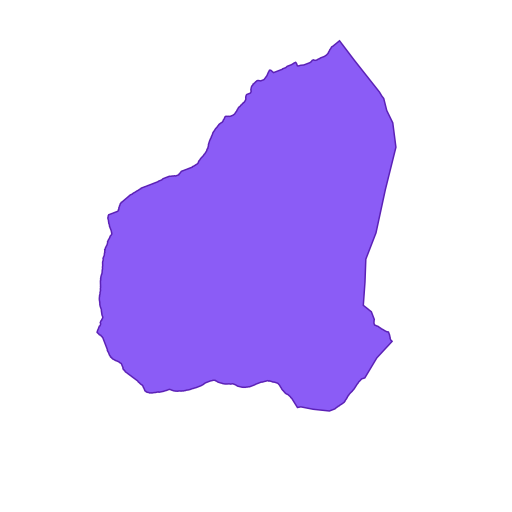 the district of Curridabat, San José, Costa Rica, rotated 339°
{"feature_id": "36466004B71445254022700", "entity_name": "Curridabat", "entity_type": "district", "adm_level": 2, "iso_a3": "CRI", "parent_name": "Costa Rica", "parent_adm1": "San José", "projection": "mercator", "projection_center": [-84.034, 9.916], "detail": "fine", "context": "isolated", "style": "filled", "palette": "violet", "viewbox_px": 512, "rotation_deg": 339, "n_neighbors": 0, "source": "geoboundaries", "source_scale": "gbopen_adm2", "svg_char_len": 6018}
<svg xmlns="http://www.w3.org/2000/svg" viewBox="0 0 512 512"><g transform="rotate(339 256 256)"><path d="M411.1,85.0L402.6,87.8L401.9,87.8L401.4,88.0L399.9,89.3L398.9,89.8L398.0,90.8L396.5,91.9L396.2,92.5L393.5,93.8L392.8,93.8L391.6,94.2L386.9,94.2L386.6,94.5L384.5,94.5L383.3,94.8L382.0,94.8L380.8,94.3L380.0,93.5L378.6,93.5L377.0,94.5L376.4,94.5L375.8,94.8L369.1,94.8L365.8,93.9L363.8,93.8L362.8,93.3L362.8,90.6L362.4,89.4L360.4,89.5L359.8,89.8L359.1,89.8L357.8,90.1L353.1,90.1L351.3,90.8L347.9,90.8L347.6,91.1L338.1,91.1L336.5,88.1L335.6,87.4L335.0,87.5L334.0,88.5L333.5,88.8L330.9,91.5L327.0,94.0L326.5,94.2L323.1,94.2L320.7,92.8L319.3,92.8L318.8,93.2L318.2,93.2L317.1,93.8L315.9,94.2L315.5,94.5L314.8,94.5L314.5,95.1L312.9,95.9L312.2,96.7L310.8,98.9L310.8,99.5L310.5,99.9L310.5,100.6L309.5,101.6L309.0,101.9L305.6,101.9L305.0,102.0L304.0,103.0L303.3,104.1L302.7,106.0L301.7,107.0L300.0,108.3L299.3,108.3L299.0,108.7L298.3,108.7L296.7,109.7L296.0,109.7L294.6,110.7L293.9,110.7L292.7,111.3L291.9,112.1L291.3,112.4L289.5,114.1L288.9,114.3L286.9,115.8L285.0,116.3L282.3,116.4L281.1,116.1L279.9,115.5L279.2,115.4L278.1,114.8L277.5,114.8L276.9,115.0L275.1,116.9L274.0,117.5L273.7,118.1L273.4,118.4L272.3,119.0L270.9,119.2L270.3,119.5L269.7,119.5L269.1,119.8L268.5,119.9L268.0,120.4L266.5,121.2L266.1,121.6L263.8,122.7L261.9,124.2L260.9,124.7L260.5,125.2L259.9,125.5L258.9,126.9L256.9,128.8L256.7,129.4L256.1,129.7L255.4,130.3L255.1,130.9L254.5,131.2L251.6,134.8L250.8,136.6L250.3,137.0L249.7,138.0L249.4,138.4L248.8,138.6L248.0,139.5L247.8,140.0L244.6,142.4L244.0,142.5L243.1,143.3L239.0,145.3L238.6,145.8L236.6,146.9L235.0,148.7L233.3,149.2L232.6,149.2L232.1,149.5L231.4,149.5L230.2,149.8L228.8,149.8L228.5,150.2L216.7,150.2L213.9,151.9L213.3,152.0L213.0,152.5L209.6,152.5L208.7,151.9L207.4,151.7L206.2,151.2L205.5,151.2L203.7,150.5L197.0,150.5L195.1,151.2L191.7,151.2L191.3,151.5L173.1,151.5L172.6,151.9L171.3,152.0L169.4,152.5L168.1,152.6L165.5,153.2L164.8,153.2L163.0,153.6L162.4,153.9L160.6,153.9L150.2,157.6L149.5,157.6L149.0,158.1L148.0,158.6L147.3,159.6L146.5,160.3L146.2,160.9L145.2,161.9L144.8,163.0L144.2,163.3L144.1,163.9L143.3,164.5L142.7,164.7L133.3,164.7L132.3,165.7L131.8,166.9L131.3,167.3L130.9,170.6L130.6,171.1L130.6,171.8L130.3,172.4L130.3,174.4L129.9,175.6L129.9,181.0L129.6,181.6L129.6,183.0L129.3,183.3L129.2,183.9L128.1,184.7L127.0,185.2L126.6,185.8L126.1,186.1L125.9,186.6L123.8,188.2L123.1,189.0L122.6,189.3L122.5,189.9L121.2,191.9L118.4,194.4L117.7,195.5L117.1,195.7L117.1,196.4L116.8,196.7L116.2,198.0L116.1,198.6L115.6,198.9L114.6,201.0L113.2,202.4L112.9,203.0L112.4,203.2L112.0,204.9L110.6,206.7L109.3,210.3L108.7,211.2L108.1,213.1L107.3,214.1L107.2,214.7L106.8,215.3L106.4,216.4L106.0,216.8L105.7,217.5L105.0,218.1L103.6,220.1L103.1,221.2L102.6,221.7L102.6,222.4L102.3,223.0L101.9,223.3L100.6,226.9L100.5,227.5L99.9,228.5L99.9,229.2L99.0,230.7L98.9,231.4L98.5,231.9L98.5,232.6L97.3,234.1L97.2,234.7L96.6,235.8L95.8,236.7L95.8,237.3L95.3,237.8L94.3,240.0L93.8,241.8L93.8,242.4L93.5,243.0L93.5,243.6L92.8,245.4L92.5,247.4L92.4,250.8L91.9,251.9L91.8,253.2L91.5,253.6L91.4,254.9L91.1,255.5L91.1,258.2L90.1,259.5L89.5,259.8L89.0,260.3L88.8,260.8L88.1,260.9L86.7,262.4L86.7,263.7L86.0,264.6L85.4,265.3L84.7,265.3L84.4,265.6L83.0,267.1L82.6,267.7L81.6,268.5L81.0,269.4L80.3,270.1L80.4,270.7L81.3,272.4L81.4,273.1L81.7,273.6L82.2,273.9L82.7,274.4L82.7,275.0L83.4,276.2L83.4,276.8L83.7,277.4L83.7,290.2L83.4,290.7L83.4,291.4L83.7,293.4L83.7,296.1L84.0,296.6L84.0,298.0L84.3,298.6L84.7,298.8L84.7,299.5L85.0,299.9L85.4,300.9L86.4,301.9L87.1,302.9L87.6,303.2L87.8,303.7L88.4,304.0L90.2,305.9L90.4,306.5L91.7,308.1L91.8,312.8L91.5,313.2L91.5,314.5L92.1,315.2L92.1,315.8L92.4,316.2L92.5,317.2L100.8,330.3L101.0,331.5L101.3,331.8L102.5,334.4L103.6,335.9L103.6,336.3L103.8,336.5L103.8,338.7L104.0,339.0L104.0,342.1L104.9,343.2L104.9,343.6L105.3,343.8L105.5,344.2L106.8,344.9L107.7,345.8L109.2,346.2L109.7,346.6L111.6,346.9L113.5,347.5L114.8,347.6L116.4,348.0L116.6,348.4L121.1,349.2L123.2,349.2L123.5,349.4L127.3,349.4L128.0,350.0L128.4,350.1L129.1,350.9L130.9,352.4L132.7,353.4L134.6,354.2L135.9,354.4L137.7,355.3L138.9,355.5L139.5,355.9L141.2,356.1L141.6,356.3L142.9,356.3L144.9,356.8L145.7,356.8L146.1,357.0L149.1,357.0L150.0,357.2L151.7,357.2L152.5,357.4L158.1,357.4L161.0,357.0L161.2,356.8L161.6,356.8L161.9,356.6L163.5,356.3L169.2,356.3L170.0,356.6L171.3,356.6L173.3,357.4L173.6,358.1L174.2,358.5L175.3,360.1L177.7,362.0L178.4,362.4L179.2,363.2L181.1,364.3L183.4,365.2L185.1,365.7L186.4,366.5L188.5,366.9L190.7,368.9L192.2,370.9L196.0,373.5L197.2,374.1L197.6,374.1L198.7,374.7L200.4,375.0L201.2,375.3L202.1,375.4L203.2,375.8L208.8,375.8L209.6,375.6L215.6,375.6L216.8,376.0L219.4,376.2L220.2,376.4L221.9,376.4L222.8,377.1L223.3,377.1L223.4,377.5L223.9,377.5L224.5,377.9L226.1,379.2L226.3,379.5L228.2,380.5L230.8,382.7L231.7,385.1L231.9,386.7L232.3,388.4L232.3,389.2L232.9,391.2L233.2,391.5L233.5,392.7L234.0,393.7L234.0,394.1L234.9,395.6L236.1,396.7L237.7,399.8L237.7,400.6L238.1,401.2L238.4,401.9L240.4,412.3L243.8,412.9L254.5,419.6L269.0,427.0L274.9,427.0L276.8,426.3L278.4,426.0L278.7,425.7L280.0,425.7L281.2,425.2L282.8,425.0L283.2,424.8L283.6,424.8L286.0,424.1L286.3,423.8L287.0,423.5L287.4,422.9L289.5,421.6L289.7,421.2L290.4,420.9L290.6,420.5L291.9,419.6L292.2,419.2L292.6,419.2L293.6,418.4L295.8,417.3L296.3,417.2L296.6,417.0L297.4,416.7L298.0,416.2L298.4,416.1L299.9,415.3L303.7,412.5L304.0,412.2L306.1,411.0L306.7,410.4L308.6,409.6L310.5,408.6L313.9,408.8L332.3,394.4L353.0,384.2L352.6,384.2L352.2,383.8L351.7,382.8L351.7,380.7L352.0,380.3L352.2,378.2L352.4,377.9L352.4,374.4L350.9,373.5L349.7,372.2L347.7,369.6L347.0,369.1L346.7,368.3L345.4,366.6L345.1,365.9L344.4,365.1L343.4,364.4L342.9,363.7L342.0,363.0L342.0,361.3L342.2,360.5L343.4,358.0L343.7,357.6L343.7,349.4L338.5,340.5L348.3,319.6L357.4,298.3L376.3,277.4L400.6,240.3L425.6,204.6L431.4,180.7L430.2,167.0L431.7,154.7L430.8,151.8L430.0,147.2L418.0,108.7L411.1,85.0Z" fill="#8b5cf6" stroke="#5b21b6" stroke-width="1.5"/></g></svg>